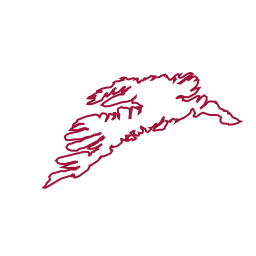 the border of Vestfirðir, rotated 332°
{"feature_id": "ISL-690", "entity_name": "Vestfirðir", "entity_type": "Region", "adm_level": 1, "iso_a3": "ISL", "parent_name": "Iceland", "parent_adm1": "", "projection": "equal_earth", "projection_center": [-22.568, 65.72], "detail": "fine", "context": "isolated", "style": "outline", "palette": "rose", "viewbox_px": 256, "rotation_deg": 332, "n_neighbors": 0, "source": "natural_earth", "source_scale": "10m", "svg_char_len": 5940}
<svg xmlns="http://www.w3.org/2000/svg" viewBox="0 0 256 256"><g transform="rotate(332 128 128)"><path d="M190.1,143.9L183.6,145.2L177.5,144.8L173.0,145.2L175.3,143.5L173.2,142.5L172.1,140.9L169.0,141.3L169.3,142.2L168.0,142.4L165.0,139.6L165.2,141.6L163.8,143.1L161.7,144.0L160.1,145.7L157.0,145.6L155.4,144.5L149.6,142.5L149.3,141.9L151.7,140.5L158.1,139.8L162.1,138.8L162.7,138.5L163.0,136.5L165.4,135.3L163.7,135.5L159.5,138.3L157.5,139.0L151.6,139.6L151.6,139.2L154.8,137.9L154.8,137.4L153.6,137.5L150.1,139.0L147.7,138.3L148.4,139.3L148.1,139.8L144.0,140.9L143.2,140.7L142.6,139.6L142.7,137.0L140.2,132.9L139.5,133.5L139.5,135.2L140.5,136.5L140.1,137.5L138.4,139.1L137.7,139.1L135.3,137.2L134.9,138.9L133.8,139.6L132.6,139.3L130.9,136.8L130.6,135.8L131.0,134.7L132.3,133.5L131.8,133.2L130.7,133.5L127.9,133.2L127.7,133.9L130.3,140.9L129.5,141.3L126.4,140.9L126.7,140.0L125.8,139.3L123.1,139.4L122.5,139.4L122.5,138.8L120.5,138.8L120.5,138.3L124.5,136.0L126.0,135.7L125.5,135.0L122.5,133.9L122.1,135.3L121.0,136.5L119.5,137.2L118.3,136.8L117.4,134.7L116.8,134.4L116.1,137.4L114.9,138.1L109.8,139.0L105.0,137.5L105.2,136.1L103.6,136.6L102.6,137.8L102.5,139.2L103.6,140.0L103.6,140.5L100.7,142.2L93.5,141.7L91.3,140.5L90.6,140.5L89.7,140.9L90.5,141.3L85.8,142.8L78.1,143.5L76.3,143.1L76.0,144.1L72.9,146.1L62.3,147.5L59.7,147.3L57.4,146.6L57.5,145.1L56.2,144.4L58.2,144.8L58.3,143.6L57.3,143.0L56.0,143.1L55.4,144.0L54.0,143.0L45.2,141.3L28.8,142.1L26.7,141.9L25.5,140.9L28.0,140.2L30.6,138.5L35.0,137.0L35.6,133.9L39.2,132.6L48.8,134.7L52.0,136.5L58.2,137.7L61.0,139.6L62.7,140.0L67.7,139.2L62.6,138.8L60.0,136.8L56.0,135.1L51.7,131.8L60.3,132.6L67.7,134.4L65.1,132.6L55.4,130.2L52.1,128.4L49.8,126.2L49.6,123.9L49.0,123.1L51.5,122.1L53.9,122.2L78.1,128.4L81.6,130.5L82.1,131.6L80.8,133.9L81.8,134.2L85.5,132.2L86.6,133.1L87.3,132.5L91.8,132.6L91.8,132.2L90.6,131.3L97.7,130.0L90.9,130.3L87.8,129.9L84.7,128.8L83.2,127.3L87.3,126.2L89.0,126.8L93.7,126.5L96.3,125.7L100.1,126.2L101.3,125.7L99.7,125.3L99.7,124.9L103.2,123.6L98.3,124.1L95.8,125.2L80.3,125.0L75.3,123.6L72.3,124.1L67.5,121.5L65.7,119.7L64.5,117.7L64.7,115.8L67.2,114.6L68.3,114.5L71.5,115.4L75.8,115.8L79.7,117.6L84.4,117.1L91.5,118.4L93.8,118.4L100.1,120.2L102.1,119.7L97.4,119.0L95.9,118.2L91.1,118.0L87.0,116.5L81.1,115.9L76.7,113.5L70.5,111.2L67.7,109.2L68.0,106.3L68.9,105.5L71.2,105.1L74.2,105.4L84.5,108.2L87.6,108.6L89.6,108.1L90.6,109.9L92.7,110.7L90.0,107.7L82.9,106.2L75.9,102.6L77.8,101.9L86.6,101.9L91.6,103.8L86.7,101.3L81.2,101.3L79.9,100.9L80.5,99.9L82.3,98.9L85.6,98.6L86.5,98.3L86.6,97.5L87.9,97.2L96.9,98.3L105.5,100.8L107.9,102.9L107.7,103.8L108.1,105.2L110.9,103.2L112.6,103.1L115.0,104.9L115.5,107.8L110.8,112.0L115.5,109.4L116.7,108.5L117.6,107.0L118.2,106.8L119.4,107.5L120.2,109.0L119.8,109.4L122.5,108.1L123.3,108.5L121.0,111.5L119.3,112.6L117.4,113.2L120.8,112.9L121.7,112.4L123.7,109.8L124.3,109.6L125.1,111.3L124.2,114.5L124.5,115.4L126.5,112.4L126.6,109.4L127.7,106.8L128.5,106.3L132.3,106.4L133.2,108.0L135.9,109.3L138.4,111.6L137.9,113.6L137.1,114.6L137.4,114.9L133.9,119.8L134.3,120.3L135.1,120.2L136.4,117.8L140.2,113.2L140.6,111.5L141.8,111.4L144.1,113.7L145.2,113.6L145.7,114.1L145.3,115.5L146.1,115.8L146.8,114.4L147.3,114.6L146.9,117.1L144.5,120.1L146.7,119.6L148.9,116.1L150.8,115.4L150.8,114.9L149.6,114.4L148.0,110.7L147.2,109.8L144.9,108.3L143.7,108.1L144.9,105.8L145.7,105.2L148.9,104.7L149.6,103.8L143.5,105.1L138.7,104.1L135.5,102.6L121.9,100.0L117.9,98.1L115.5,95.3L118.2,94.5L128.5,93.6L136.7,94.5L137.5,95.3L139.8,96.1L140.6,95.7L139.4,94.4L143.7,94.3L146.2,93.4L150.3,92.8L142.6,93.3L139.1,92.2L140.3,92.1L142.6,90.8L144.5,90.6L144.5,90.2L143.2,89.9L137.3,91.7L130.8,91.5L130.7,90.8L132.4,89.8L133.1,87.7L136.6,86.8L132.3,87.6L127.8,89.8L124.4,90.2L123.7,89.8L124.0,89.0L125.7,87.7L125.7,87.2L123.8,87.6L117.7,91.1L108.7,90.1L106.3,89.5L103.5,87.8L104.2,87.2L111.6,87.5L112.9,85.5L109.5,84.8L106.6,83.0L108.3,82.4L113.6,83.8L112.5,82.5L118.7,82.1L120.3,83.4L121.5,83.6L122.0,83.1L121.8,82.5L117.1,80.9L123.8,81.1L128.4,82.4L131.6,83.8L133.1,83.7L136.6,82.2L136.3,81.3L138.5,81.0L142.2,82.5L147.0,83.3L147.2,82.5L146.8,81.9L145.3,81.5L144.9,80.9L146.7,81.0L148.5,81.8L149.8,83.0L150.3,84.5L151.3,85.4L156.0,86.5L157.4,87.7L156.6,88.3L159.8,88.9L159.8,89.3L158.3,89.5L158.2,90.6L159.1,91.9L158.2,92.3L158.2,92.8L159.0,93.2L162.5,92.3L164.0,93.2L165.3,92.0L166.2,91.9L166.7,92.3L166.4,93.2L171.5,93.2L172.5,92.8L175.8,94.9L171.9,96.6L172.7,96.8L175.9,96.2L179.7,97.8L182.0,97.5L185.6,98.3L185.2,99.1L186.2,99.4L186.8,100.2L186.8,100.9L186.0,101.3L186.8,102.5L187.2,104.8L188.4,105.5L191.2,105.1L191.9,105.5L192.0,106.4L190.4,108.5L193.1,107.5L193.1,105.9L191.9,104.7L194.6,103.9L197.2,103.8L198.4,105.2L199.4,105.4L197.0,106.4L196.6,107.0L198.0,108.3L199.5,108.8L205.7,108.1L208.7,108.6L209.7,109.3L210.4,110.7L202.4,111.0L200.8,111.6L193.9,112.4L195.0,113.3L205.2,111.9L206.9,112.4L203.7,113.7L203.7,114.1L209.9,113.3L211.4,113.9L212.5,116.3L211.8,117.1L210.1,117.6L212.8,118.4L212.8,118.9L210.0,121.9L207.3,123.4L201.5,124.4L201.5,124.9L205.9,124.9L209.8,126.2L203.5,129.3L195.7,129.2L192.8,127.5L190.9,125.3L189.5,124.4L187.7,123.9L184.2,124.4L188.1,125.3L190.6,127.0L190.5,128.3L189.4,129.2L190.8,129.9L191.3,131.1L192.9,132.0L193.9,132.4L203.5,132.3L205.2,132.7L206.0,133.5L201.3,137.0L201.3,137.4L207.6,135.3L210.6,134.9L211.9,137.7L210.7,140.0L207.8,142.2L204.5,143.8L201.7,144.4L201.7,144.8L207.5,143.8L211.0,142.6L213.1,143.1L217.6,145.9L217.1,147.0L218.0,147.2L218.1,147.7L218.2,153.5L221.3,157.5L220.8,157.9L223.2,159.5L223.8,160.8L223.3,162.3L224.6,162.5L225.1,164.0L225.4,167.5L228.2,170.9L229.5,174.1L230.5,175.1L226.7,175.1L223.0,174.3L218.5,172.4L218.3,171.2L214.2,168.8L212.9,166.7L212.8,165.2L215.2,162.0L213.4,158.9L206.2,154.7L201.4,149.7L198.6,149.5L193.6,150.2L191.5,148.9L191.6,148.0L194.2,146.4L194.4,142.1L193.8,141.3L192.2,141.8L190.1,143.9Z" fill="none" stroke="#9f1239" stroke-width="2"/></g></svg>